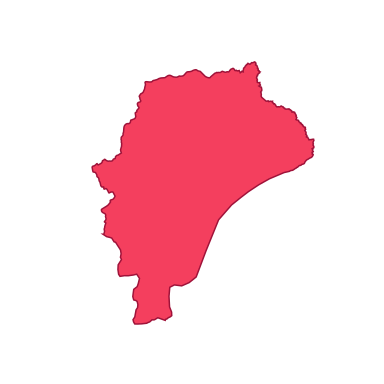 the district of Xon, Houaphan, Laos, rotated 19°
{"feature_id": "54806243B87375658661080", "entity_name": "Xon", "entity_type": "district", "adm_level": 2, "iso_a3": "LAO", "parent_name": "Laos", "parent_adm1": "Houaphan", "projection": "orthographic", "projection_center": [103.485, 20.489], "detail": "fine", "context": "isolated", "style": "filled", "palette": "rose", "viewbox_px": 384, "rotation_deg": 19, "n_neighbors": 0, "source": "geoboundaries", "source_scale": "gbopen_adm2", "svg_char_len": 5912}
<svg xmlns="http://www.w3.org/2000/svg" viewBox="0 0 384 384"><g transform="rotate(19 192 192)"><path d="M294.5,117.3L294.1,116.9L293.3,116.9L293.3,116.4L292.6,115.4L293.3,114.9L293.5,114.3L292.5,113.6L292.4,112.5L291.5,112.1L292.1,111.2L292.6,110.9L292.5,110.4L292.7,109.8L291.8,108.7L291.4,108.6L291.0,107.5L291.1,107.0L290.4,106.2L290.3,104.4L290.5,103.7L289.8,102.5L288.3,103.1L287.7,103.7L286.5,104.0L285.7,104.6L283.5,102.5L282.3,102.7L282.2,102.4L282.4,101.7L282.2,101.1L281.0,100.5L280.8,100.5L280.7,100.1L280.9,99.8L280.6,99.3L280.4,98.4L278.6,97.1L279.1,96.0L278.3,95.3L278.5,94.6L278.0,93.9L277.5,93.9L277.4,94.1L276.1,93.9L275.8,93.3L274.9,93.2L274.6,92.8L274.5,92.3L273.6,92.3L272.8,91.5L272.2,91.9L272.1,91.7L272.1,91.3L269.9,90.6L269.7,89.9L269.3,89.6L267.0,89.8L266.7,89.6L267.0,89.1L266.7,88.2L266.8,87.4L266.4,87.4L266.1,86.8L265.6,86.5L265.6,85.6L265.2,85.5L265.0,85.1L264.9,84.9L263.9,84.2L263.3,83.4L262.9,83.6L262.6,83.2L262.2,83.1L260.6,83.9L260.3,83.2L259.8,82.8L259.1,82.8L258.9,82.5L258.0,82.2L257.1,82.3L257.0,81.9L256.7,81.8L254.3,82.9L253.0,83.2L252.3,82.5L251.2,82.6L250.7,81.9L249.9,82.0L248.6,81.6L248.0,81.9L247.3,82.9L246.6,83.2L245.9,83.2L244.6,83.9L243.0,83.1L242.8,82.6L242.1,82.3L241.6,81.8L241.4,81.7L240.7,82.1L240.0,81.4L239.0,81.3L238.8,81.0L238.6,80.0L237.9,80.4L236.6,80.6L235.0,81.6L234.7,81.5L234.3,81.0L233.1,81.8L232.3,81.9L227.1,79.8L226.1,78.8L225.9,77.4L225.4,76.7L225.1,75.7L224.4,75.2L224.5,74.3L224.9,73.8L224.9,73.2L224.6,72.3L223.5,70.4L223.4,70.3L222.4,70.4L220.8,70.0L221.6,69.2L221.9,68.6L220.8,67.7L220.5,66.4L218.9,67.1L218.0,67.0L217.6,66.0L217.1,65.5L217.4,64.8L217.0,64.5L216.9,64.0L216.3,63.7L215.8,63.1L215.9,62.4L215.6,61.6L216.1,60.8L215.7,60.3L216.1,59.7L215.9,59.2L216.4,58.4L216.5,57.9L217.1,57.5L217.0,56.8L217.3,56.3L216.5,56.2L216.1,55.6L215.5,55.7L215.1,55.3L214.7,55.2L214.7,54.5L214.3,53.8L214.0,53.6L213.5,53.6L213.4,52.7L212.7,52.1L212.4,51.5L211.7,51.1L210.8,51.2L210.6,50.5L210.7,49.9L210.3,49.6L210.3,49.2L209.2,48.6L208.6,48.7L208.5,49.1L208.0,49.4L207.2,50.1L206.4,50.2L205.9,50.9L205.7,51.7L205.0,52.4L203.0,52.1L202.7,53.4L202.0,53.7L201.9,54.8L201.4,55.5L201.3,56.7L200.5,58.2L200.8,59.3L200.8,60.8L201.3,61.7L200.3,61.8L199.9,61.6L199.6,62.4L199.3,62.7L198.8,63.5L198.3,62.8L197.4,62.4L197.1,61.8L195.3,62.8L194.1,62.5L193.8,62.9L193.4,63.1L192.9,63.1L192.2,62.4L191.4,61.9L190.9,61.7L190.4,61.8L188.6,63.5L187.8,66.1L187.6,66.5L186.0,66.9L185.0,67.7L184.3,68.0L181.4,68.0L180.8,68.5L180.3,69.3L179.6,69.9L179.1,70.1L178.4,70.2L177.2,70.9L176.6,70.8L176.1,71.4L174.9,72.3L172.1,77.1L171.8,78.0L171.0,78.5L168.9,78.7L166.9,78.4L160.6,75.3L158.0,75.5L156.7,75.1L155.9,75.1L154.4,75.9L153.0,77.1L152.3,78.0L150.4,79.1L148.9,79.7L147.9,80.5L146.4,84.1L145.5,85.3L143.5,86.3L142.7,86.3L142.0,86.7L141.0,87.8L140.0,88.5L138.2,89.0L136.8,89.2L133.8,88.8L132.7,89.0L131.6,89.6L130.0,91.5L129.6,92.3L128.8,92.9L125.5,94.3L123.9,95.4L123.3,96.0L122.7,96.8L120.3,98.5L119.4,99.0L118.8,99.5L118.4,100.4L117.8,101.1L116.1,101.8L112.8,102.6L112.1,103.0L111.9,103.6L113.1,105.8L113.3,108.3L113.6,110.2L113.3,113.7L112.6,114.8L111.5,116.0L110.9,118.6L112.0,120.0L112.7,121.3L113.9,122.5L113.9,123.1L113.6,123.7L112.0,124.9L111.7,125.6L111.6,126.3L112.0,127.2L112.8,128.3L114.2,129.2L114.4,129.5L114.4,130.1L113.4,132.5L113.3,133.0L113.6,133.7L113.6,134.3L112.7,135.3L112.6,135.8L114.3,139.1L114.2,140.8L113.9,141.4L110.7,144.1L111.0,146.2L110.7,147.2L110.0,148.0L109.5,148.0L108.4,148.5L107.6,149.1L106.9,150.3L106.5,151.8L106.7,153.5L107.8,157.8L107.7,158.9L108.2,160.2L108.2,161.1L107.3,163.3L107.9,165.6L108.6,166.4L108.9,167.9L109.6,168.7L110.5,171.7L110.7,175.3L111.3,176.5L112.5,178.1L110.2,181.1L109.1,181.8L108.6,182.5L108.2,183.7L108.5,185.2L108.3,185.6L107.4,186.1L106.9,186.7L106.7,188.0L106.3,188.6L105.4,189.2L103.5,189.7L102.8,190.2L101.6,190.2L100.3,190.0L99.6,189.6L98.9,189.5L98.5,189.7L98.2,190.6L97.2,191.5L97.3,193.1L97.0,194.1L94.7,196.8L94.2,196.9L93.0,196.1L92.7,196.3L92.0,197.8L91.1,199.0L89.7,200.0L89.5,200.5L89.5,201.1L91.3,204.4L92.0,205.2L94.4,205.0L96.3,206.6L97.2,208.4L98.7,208.9L99.4,209.5L100.6,211.7L101.9,212.8L103.7,215.7L104.2,216.1L105.3,216.6L105.9,216.4L106.4,216.1L106.8,216.0L107.2,216.5L107.6,217.7L107.9,217.8L108.4,217.7L109.5,216.8L110.0,216.8L110.8,217.2L112.8,219.0L113.2,219.5L113.8,219.9L114.2,219.7L115.4,218.4L116.8,217.9L117.4,217.9L120.5,220.9L120.6,221.4L120.1,223.7L119.6,224.6L117.6,226.2L117.5,226.6L117.5,227.2L118.2,227.9L118.0,228.7L117.0,231.5L115.8,233.3L112.4,237.4L112.1,238.1L112.3,238.8L112.8,239.6L113.9,240.4L116.9,240.9L117.6,241.4L118.0,242.1L118.2,243.4L119.4,245.1L119.6,246.4L119.0,248.1L118.9,248.7L119.2,248.9L120.1,249.0L120.6,249.3L120.7,252.8L121.0,254.1L121.0,255.3L121.3,256.3L122.1,257.4L122.4,260.2L122.2,260.7L121.6,260.9L125.8,262.0L129.1,261.7L131.1,261.7L134.6,264.5L136.1,264.4L143.3,270.1L145.1,273.5L145.6,277.0L147.3,278.9L145.9,284.9L147.2,289.4L149.4,293.7L151.4,295.2L155.4,293.1L159.0,291.9L163.7,289.5L166.5,287.7L170.5,290.8L171.0,296.1L171.0,299.3L168.6,303.0L169.6,308.0L170.1,310.2L172.0,313.0L174.5,312.9L175.8,313.4L177.5,316.1L178.2,319.1L177.5,321.6L178.6,328.8L177.8,331.9L179.0,333.8L180.8,335.4L183.1,334.7L187.4,333.0L192.0,330.8L192.5,330.1L194.3,328.6L195.8,325.9L197.8,325.2L198.4,324.7L200.6,322.0L208.5,322.1L208.5,321.0L209.7,320.1L210.5,318.6L212.1,317.1L213.1,315.5L211.8,312.2L208.2,308.0L204.2,298.1L202.0,289.3L205.6,285.6L212.8,284.1L218.8,278.6L223.6,271.0L224.4,242.8L226.2,209.6L233.6,191.4L240.0,181.2L245.3,173.2L252.8,163.4L261.0,154.2L272.8,143.6L277.5,140.7L278.0,139.9L278.5,139.5L279.6,139.0L280.4,138.4L280.7,137.8L281.2,137.4L281.6,136.6L282.6,135.7L282.9,134.8L283.7,134.3L284.8,132.1L286.0,131.5L286.4,131.1L286.7,130.4L287.0,130.0L287.6,129.8L288.9,128.5L289.1,126.6L289.9,124.4L290.9,123.4L292.3,121.6L293.3,120.8L294.2,119.4L294.5,117.3Z" fill="#f43f5e" stroke="#9f1239" stroke-width="1.5"/></g></svg>